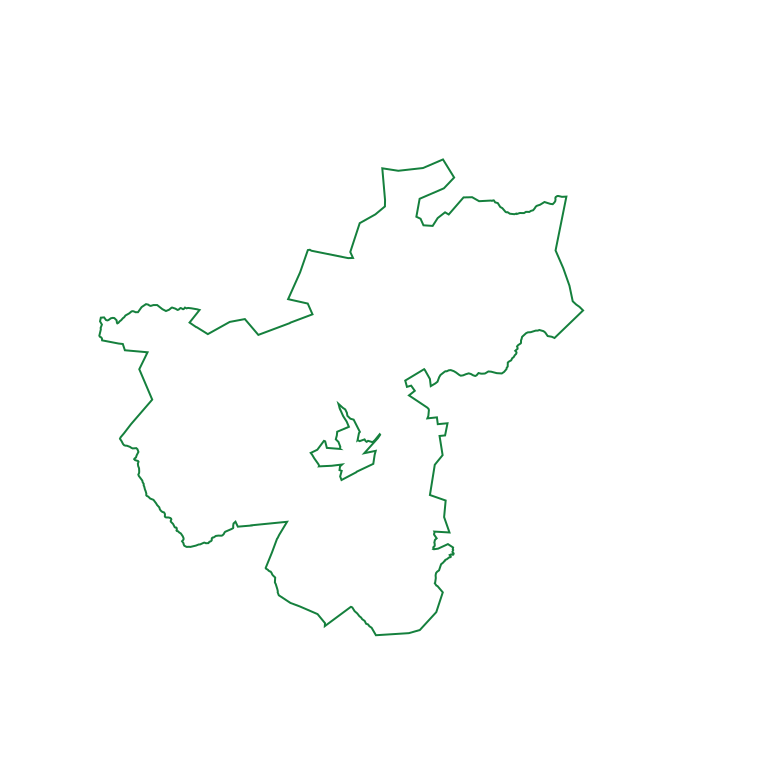 the district of Marondera, Mashonaland East, Zimbabwe, rotated 144°
{"feature_id": "62879985B19621940565976", "entity_name": "Marondera", "entity_type": "district", "adm_level": 2, "iso_a3": "ZWE", "parent_name": "Zimbabwe", "parent_adm1": "Mashonaland East", "projection": "orthographic", "projection_center": [31.543, -18.251], "detail": "fine", "context": "isolated", "style": "outline", "palette": "green", "viewbox_px": 768, "rotation_deg": 144, "n_neighbors": 0, "source": "geoboundaries", "source_scale": "gbopen_adm2", "svg_char_len": 6167}
<svg xmlns="http://www.w3.org/2000/svg" viewBox="0 0 768 768"><g transform="rotate(144 384 384)"><path d="M258.6,559.5L275.1,532.1L278.9,527.1L291.3,526.3L309.1,528.4L333.7,510.6L335.0,504.2L339.0,506.9L364.4,534.5L365.1,536.2L366.9,537.1L386.3,523.6L411.7,509.0L398.4,493.9L400.9,482.4L423.8,488.7L424.3,488.6L456.8,497.6L458.4,518.3L472.3,524.9L497.2,527.9L502.2,540.2L502.5,540.4L505.2,548.0L489.7,552.3L491.3,554.3L495.5,558.6L497.8,560.7L499.3,561.3L500.1,562.8L501.9,562.4L502.6,562.6L503.5,564.5L504.1,565.1L506.5,564.9L507.5,565.3L508.5,567.6L510.5,570.4L511.0,570.6L514.2,570.4L517.5,571.2L519.3,574.8L521.1,581.2L524.2,583.4L526.8,584.3L527.6,585.3L528.1,586.8L529.6,588.5L534.9,588.7L540.8,586.7L542.7,588.0L543.9,590.0L544.9,590.9L545.7,591.1L548.7,590.9L552.9,591.4L555.0,590.7L556.6,590.7L559.1,590.1L561.0,590.1L562.9,589.6L564.1,589.8L564.1,590.5L562.9,592.7L563.4,595.8L564.5,596.9L566.3,597.7L569.4,597.7L570.5,598.1L571.3,599.2L571.3,602.4L574.1,604.1L576.9,601.6L577.3,597.9L580.3,595.9L580.9,594.7L585.9,590.4L586.1,589.3L585.5,588.2L585.4,586.7L586.4,585.0L574.9,572.7L571.8,569.9L573.8,563.6L556.8,548.8L557.3,548.6L557.1,548.4L573.3,539.8L580.7,507.6L612.3,500.2L623.5,496.9L628.4,495.7L629.8,494.9L629.9,492.0L630.4,488.8L630.2,487.2L629.5,486.2L628.3,485.2L626.5,482.5L625.9,480.8L625.2,479.6L622.1,477.7L621.8,476.2L622.6,473.4L626.0,471.7L627.8,470.4L629.8,470.3L630.3,470.0L630.1,468.7L628.3,466.3L628.3,465.4L630.0,464.2L631.1,462.1L631.7,459.8L633.4,457.2L634.4,456.0L636.0,455.1L636.4,453.7L636.3,447.9L637.0,446.4L637.1,444.5L638.1,443.1L638.2,442.1L639.4,439.2L639.7,437.8L640.7,435.0L641.7,433.8L641.7,433.0L640.9,431.4L640.5,428.8L638.6,425.8L638.5,421.3L638.7,419.5L638.3,416.3L639.0,414.3L639.0,412.7L638.5,410.7L637.5,409.6L637.5,408.1L637.9,407.2L639.2,405.6L639.2,405.2L638.8,404.2L636.6,402.5L635.6,401.1L635.4,400.2L635.6,399.5L637.0,398.6L637.4,398.0L636.9,394.7L637.5,391.2L637.2,390.5L636.5,390.0L636.4,389.4L637.0,388.2L638.0,387.4L637.9,386.7L637.1,385.7L637.0,384.4L636.2,382.5L636.3,379.2L636.7,377.4L637.2,376.4L638.2,375.8L639.8,375.5L639.8,373.0L640.4,371.9L640.6,370.5L639.5,368.3L637.3,366.8L636.4,366.0L631.1,363.8L628.3,363.1L627.0,362.3L623.1,361.5L622.5,361.2L621.6,359.8L619.6,358.5L617.9,359.0L616.9,358.6L615.8,358.6L614.9,359.1L614.6,359.8L613.9,360.4L612.9,360.5L612.1,360.0L609.3,359.9L607.1,358.7L604.8,356.9L603.7,356.5L601.8,356.8L600.3,357.6L599.3,357.8L592.6,356.3L590.8,356.1L590.3,356.5L589.5,357.8L587.7,359.6L585.1,359.9L586.1,354.5L574.4,347.4L574.3,347.6L543.4,329.5L557.6,323.5L560.4,322.0L561.6,321.6L573.6,313.6L587.9,304.7L588.0,304.0L587.1,301.8L587.1,300.9L586.6,299.6L586.0,298.9L586.0,297.1L586.3,296.1L586.4,294.7L585.8,291.4L588.9,287.6L589.2,285.7L590.9,280.7L591.7,278.8L592.5,277.9L593.3,274.9L588.4,261.9L582.9,253.6L573.0,236.9L572.3,225.2L574.2,222.9L541.8,223.2L541.3,222.6L541.0,221.7L541.3,217.5L540.5,214.1L540.4,210.6L539.8,208.5L539.9,206.6L538.9,203.7L539.4,200.6L538.2,198.8L538.2,196.6L537.3,194.1L538.2,185.5L510.3,167.8L499.6,163.9L475.8,168.7L458.9,180.9L459.5,189.0L460.1,190.2L460.0,193.0L459.3,193.3L456.2,196.5L454.7,198.9L453.1,200.4L451.4,200.9L449.0,200.9L443.8,204.6L440.7,204.8L439.7,205.2L438.9,205.1L437.7,205.7L436.4,205.3L433.2,205.4L431.9,204.8L431.4,205.2L431.4,207.0L429.8,206.7L428.6,205.3L428.1,205.3L427.3,205.9L427.2,206.5L427.5,207.1L427.3,208.0L425.6,209.0L425.6,209.8L424.2,211.1L426.4,216.9L437.0,219.0L440.8,221.0L441.2,221.6L440.3,221.9L440.1,222.9L439.5,223.1L438.5,223.1L437.8,223.6L436.6,225.5L436.6,226.0L434.7,227.7L434.1,228.0L432.1,228.2L432.0,232.6L431.8,233.1L430.1,234.5L430.0,235.0L418.3,225.4L413.6,241.0L402.6,253.5L412.1,267.2L390.4,288.8L378.4,292.0L369.6,309.3L364.8,306.5L355.7,314.9L364.1,319.9L360.8,325.9L369.1,330.7L366.9,332.1L363.1,336.4L362.6,337.5L362.8,339.3L370.5,360.1L363.1,360.4L363.0,366.7L367.1,368.2L364.8,374.3L342.8,372.4L342.7,371.5L343.9,361.1L347.4,354.8L342.2,354.3L339.4,354.4L335.3,357.1L333.0,358.1L327.7,358.3L326.8,358.2L325.8,357.4L323.5,357.0L321.8,356.0L320.0,353.4L319.0,351.1L317.7,346.9L317.0,345.6L314.9,344.5L312.0,343.8L309.2,342.8L307.8,341.0L306.8,338.7L305.5,336.9L304.1,336.6L301.1,337.3L299.3,335.2L296.8,333.5L295.9,333.1L292.2,332.8L290.1,331.0L286.4,326.5L282.5,323.3L279.7,323.2L276.1,324.1L275.2,325.0L273.7,325.4L271.2,328.6L269.6,328.7L267.2,328.4L265.1,329.5L263.4,329.5L261.3,330.4L259.4,330.7L258.4,331.4L258.1,332.3L258.3,333.7L255.2,334.0L254.5,335.2L254.3,336.2L252.7,336.6L249.4,336.5L248.7,337.1L247.4,338.9L246.7,339.2L244.5,341.0L239.1,341.6L237.2,341.2L234.9,339.7L229.8,338.0L228.2,336.8L226.6,336.4L223.9,333.0L223.3,330.9L223.4,326.6L220.5,323.6L219.0,321.0L179.7,326.5L180.5,331.5L181.8,335.3L182.7,340.0L176.2,354.5L170.9,372.3L166.7,391.2L126.3,428.4L130.0,430.8L132.5,433.7L133.3,434.2L135.2,434.3L136.1,433.7L136.9,432.3L138.1,431.2L139.5,430.7L141.8,430.3L143.6,432.0L147.2,436.9L152.4,437.3L155.5,438.3L156.9,438.3L158.9,437.5L161.2,436.9L163.4,437.7L165.3,437.8L167.9,439.8L170.3,440.0L173.6,442.5L176.7,443.5L176.8,444.1L178.7,444.7L182.1,447.8L183.0,450.3L184.1,451.0L184.5,451.8L184.9,456.7L185.9,458.9L185.6,463.5L187.3,465.6L187.2,467.9L187.7,468.4L189.0,468.7L189.6,469.5L199.6,476.0L202.9,483.3L210.0,488.2L232.0,483.1L233.7,487.0L243.0,486.7L251.7,483.3L258.8,489.2L257.3,496.2L259.5,500.3L246.3,512.9L220.5,507.1L205.9,509.8L204.3,531.0L225.5,535.8L247.1,548.1L258.6,559.5ZM420.8,343.8L440.6,339.6L430.0,334.8L433.1,332.3L439.6,325.7L457.7,329.1L458.2,328.9L474.8,331.3L473.8,335.0L469.3,338.6L470.6,340.5L468.0,343.2L465.2,343.5L474.4,348.6L484.9,355.5L484.6,355.6L484.2,357.7L484.1,364.9L483.7,369.1L483.8,371.3L476.6,370.0L466.0,373.3L465.3,372.2L467.8,365.9L457.7,357.3L457.8,357.6L456.3,358.8L454.9,363.9L455.5,367.6L452.4,370.1L449.9,372.9L437.6,370.0L436.3,375.5L435.9,382.1L434.0,391.0L433.4,391.6L433.7,391.4L432.5,394.7L431.3,388.9L430.3,386.2L430.9,382.9L430.7,383.1L432.3,379.8L431.6,375.7L429.5,373.0L431.7,359.4L433.1,359.0L438.5,354.0L438.3,354.0L437.3,352.1L432.3,350.6L432.4,348.5L432.0,347.4L430.3,347.4L427.5,343.7L424.6,343.9L417.0,345.9L417.0,345.2L420.8,343.8Z" fill="none" stroke="#15803d" stroke-width="2"/></g></svg>